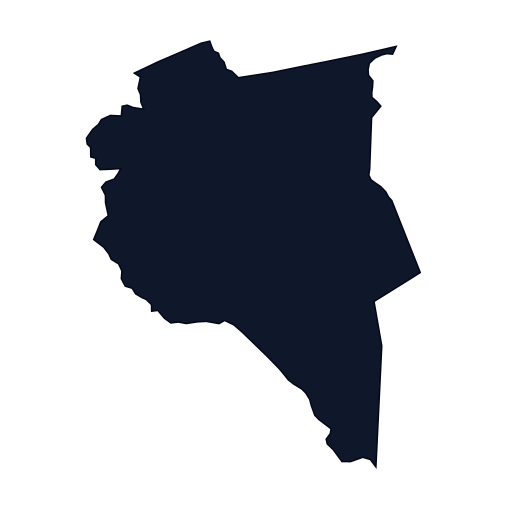 Ereré, Ceará, Brazil, rotated 87°
{"feature_id": "56859067B52861098652317", "entity_name": "Ereré", "entity_type": "district", "adm_level": 2, "iso_a3": "BRA", "parent_name": "Brazil", "parent_adm1": "Ceará", "projection": "albers", "projection_center": [-38.316, -5.99], "detail": "fine", "context": "isolated", "style": "filled", "palette": "ink", "viewbox_px": 512, "rotation_deg": 87, "n_neighbors": 0, "source": "geoboundaries", "source_scale": "gbopen_adm2", "svg_char_len": 1622}
<svg xmlns="http://www.w3.org/2000/svg" viewBox="0 0 512 512"><g transform="rotate(87 256 256)"><path d="M473.0,147.3L352.4,135.1L307.6,140.5L285.5,100.6L281.1,92.8L261.9,99.3L218.2,114.0L207.7,117.5L204.1,120.5L198.8,123.0L193.3,127.7L189.6,132.6L185.9,137.1L181.1,139.1L175.1,137.9L123.8,133.3L112.9,123.5L108.4,127.0L103.6,131.9L98.8,131.8L93.7,130.8L87.2,130.1L81.3,134.2L75.8,134.3L69.5,132.7L64.7,127.0L61.8,120.0L60.8,114.7L61.6,109.0L54.0,105.0L59.9,138.4L65.7,176.7L68.7,197.9L73.5,229.7L77.0,264.3L70.2,270.6L68.1,275.8L60.6,277.8L56.1,281.6L51.5,282.9L49.2,287.4L44.2,289.4L39.0,290.9L40.6,299.7L50.2,325.3L56.8,343.3L67.0,368.0L71.2,362.1L82.6,365.1L88.8,362.9L96.3,362.9L103.5,360.5L101.2,371.2L98.6,376.7L99.4,381.8L109.1,383.2L108.0,394.1L111.6,403.2L116.5,406.6L120.9,412.4L129.5,419.2L135.4,418.7L138.9,415.5L148.5,415.8L150.0,411.0L156.4,411.3L161.6,407.2L161.7,401.1L161.7,386.6L166.2,389.2L171.7,393.6L174.3,402.0L179.3,406.7L187.5,403.2L195.0,403.5L208.0,401.4L213.7,409.2L223.0,413.4L231.1,417.3L239.2,407.7L246.1,402.9L251.8,400.7L256.7,393.6L264.0,390.7L271.6,391.7L279.3,388.2L281.7,381.4L287.5,378.2L291.5,372.2L293.6,368.0L299.1,362.9L305.7,363.1L305.2,356.9L313.3,350.8L318.4,344.6L317.9,337.0L319.8,329.2L318.7,317.8L318.7,309.1L321.6,296.4L318.7,290.7L323.6,281.8L331.2,273.9L355.7,251.1L370.0,238.5L375.7,234.3L381.4,230.2L385.8,225.2L391.3,217.2L395.4,213.5L402.0,209.9L407.9,208.7L418.0,205.7L422.6,201.8L432.5,190.1L437.2,191.1L442.6,195.5L447.4,194.7L453.2,189.2L465.8,180.9L466.3,172.3L462.6,160.0L465.2,152.5L473.0,147.3Z" fill="#0f172a" stroke="#020617" stroke-width="1.5"/></g></svg>